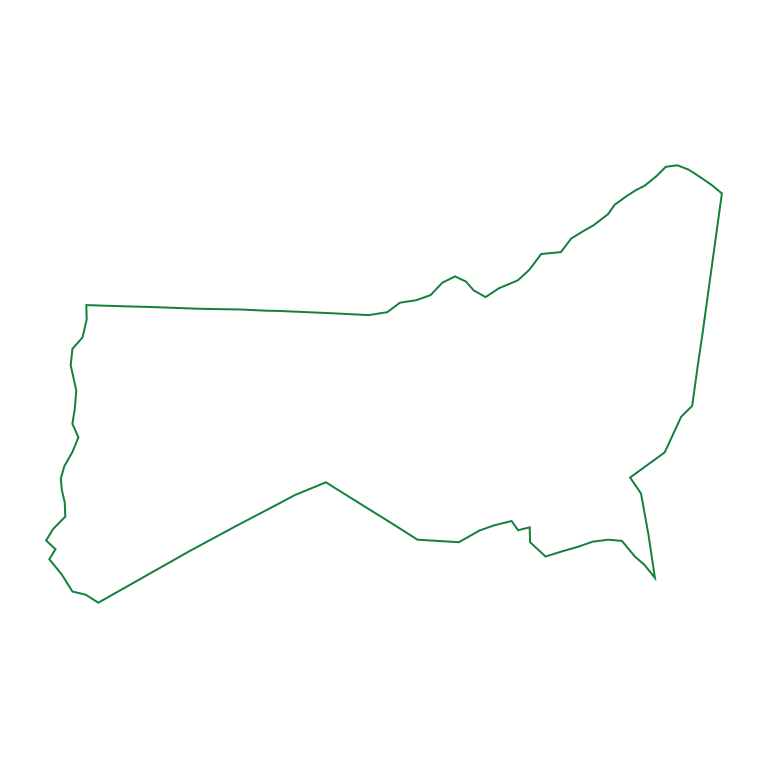 João Alfredo, Pernambuco, Brazil (Robinson projection)
{"feature_id": "56859067B12344911286731", "entity_name": "João Alfredo", "entity_type": "district", "adm_level": 2, "iso_a3": "BRA", "parent_name": "Brazil", "parent_adm1": "Pernambuco", "projection": "robinson", "projection_center": [-35.594, -7.855], "detail": "fine", "context": "isolated", "style": "outline", "palette": "green", "viewbox_px": 768, "rotation_deg": 0, "n_neighbors": 0, "source": "geoboundaries", "source_scale": "gbopen_adm2", "svg_char_len": 1231}
<svg xmlns="http://www.w3.org/2000/svg" viewBox="0 0 768 768"><path d="M72.4,348.9L70.7,365.2L76.3,390.7L74.8,408.7L72.4,423.8L78.4,437.4L72.4,452.0L64.3,466.3L60.8,478.7L61.9,490.4L64.7,502.3L65.3,516.6L53.1,529.0L46.1,540.5L55.5,549.2L49.3,559.2L61.9,574.7L72.4,591.5L85.7,594.7L98.3,602.7L189.9,550.9L237.2,525.4L276.2,505.0L295.0,495.0L325.9,482.3L337.2,489.4L395.0,525.4L417.5,539.7L458.8,542.2L479.6,530.5L493.9,525.4L511.5,521.0L518.1,530.2L529.7,527.3L530.1,542.2L545.5,556.5L562.6,551.2L578.0,546.8L592.6,541.7L608.2,539.7L621.9,540.9L635.0,556.7L644.4,564.8L654.9,577.9L648.7,536.1L641.0,493.5L630.1,477.5L664.7,452.4L681.2,416.7L692.2,405.8L698.1,363.2L702.6,333.1L718.5,217.8L721.9,193.5L711.9,185.2L700.3,177.2L688.7,169.7L677.4,165.3L665.8,166.8L656.6,176.0L644.9,185.5L635.6,190.3L626.9,195.9L614.7,204.7L608.0,214.2L593.3,225.4L582.8,231.4L571.2,238.5L560.9,252.1L541.2,254.0L529.5,269.6L517.9,280.3L498.8,288.3L485.6,297.1L473.6,290.3L465.9,281.5L455.0,276.4L442.3,282.7L430.6,295.1L416.4,300.2L399.9,302.7L387.3,312.2L368.7,315.1L328.9,313.1L277.9,310.9L266.4,310.7L240.7,309.5L199.8,308.8L151.0,307.0L124.0,306.3L86.3,305.1L86.7,319.4L82.5,337.4L72.4,348.9Z" fill="none" stroke="#15803d" stroke-width="2"/></svg>